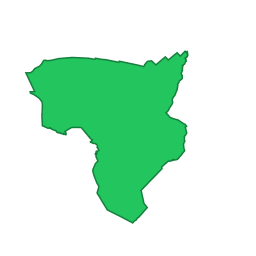 Varadia, Caras-Severin, Romania, rotated 161°
{"feature_id": "2599482B29899097126407", "entity_name": "Varadia", "entity_type": "district", "adm_level": 2, "iso_a3": "ROU", "parent_name": "Romania", "parent_adm1": "Caras-Severin", "projection": "natural_earth1", "projection_center": [21.546, 45.093], "detail": "fine", "context": "isolated", "style": "filled", "palette": "green", "viewbox_px": 256, "rotation_deg": 161, "n_neighbors": 0, "source": "geoboundaries", "source_scale": "gbopen_adm2", "svg_char_len": 5548}
<svg xmlns="http://www.w3.org/2000/svg" viewBox="0 0 256 256"><g transform="rotate(161 128 128)"><path d="M206.6,213.4L204.4,192.8L208.7,194.1L208.7,193.6L208.9,192.8L205.8,189.9L202.3,185.1L200.8,180.7L201.2,178.7L201.8,176.7L204.4,169.9L204.7,169.5L205.3,167.9L205.7,166.3L206.0,165.9L206.1,165.1L206.4,164.5L206.6,163.7L207.4,161.0L207.4,160.5L208.0,158.9L208.2,158.1L207.7,157.4L207.4,157.4L207.0,157.4L206.9,157.3L206.8,157.2L206.7,156.5L206.6,156.4L206.3,156.3L206.0,155.9L205.7,155.7L205.3,155.3L205.1,155.1L204.0,154.0L203.6,153.8L202.9,153.7L202.4,153.4L202.1,153.5L201.7,153.7L201.4,153.6L201.8,153.0L201.8,152.9L201.7,152.8L201.2,152.8L201.0,152.7L200.6,152.3L200.6,152.1L200.5,151.8L200.4,151.5L200.1,151.2L199.5,150.8L198.8,150.5L198.4,149.8L198.2,149.6L197.9,149.5L197.7,149.4L197.3,149.3L197.3,149.1L197.2,149.0L197.1,148.7L197.0,148.4L196.6,147.8L196.5,147.4L196.6,147.1L196.3,146.7L195.7,146.4L195.5,146.5L195.3,146.5L194.9,146.3L194.8,146.1L194.8,145.9L194.7,145.9L194.2,146.0L193.9,145.9L193.8,145.7L193.9,145.4L193.8,145.2L193.4,144.7L192.7,144.4L192.5,144.2L192.4,144.1L191.4,144.1L191.4,143.9L191.6,143.7L191.2,143.3L190.9,143.5L190.8,143.4L190.6,143.2L190.8,142.9L190.3,142.7L189.6,142.8L189.5,142.7L189.3,142.1L189.0,142.0L188.9,141.9L188.5,142.3L188.4,142.8L188.3,143.5L188.3,144.0L188.5,144.3L188.8,145.2L188.1,145.4L185.8,145.9L181.4,146.8L181.2,146.8L180.3,146.6L179.1,146.1L178.5,146.0L177.9,145.8L176.5,145.4L176.1,145.1L175.3,144.9L174.9,144.7L174.5,144.7L174.3,144.5L173.2,144.1L172.5,143.7L172.1,143.5L171.8,143.1L171.6,142.8L171.5,142.5L171.3,141.7L170.6,140.0L170.5,139.5L170.1,138.5L170.0,138.3L169.9,138.0L169.6,137.6L169.6,137.2L169.4,137.2L169.3,136.9L169.2,136.3L168.2,133.6L168.2,133.3L167.9,132.9L167.6,132.7L167.7,132.3L167.3,132.2L167.3,131.5L167.4,131.2L167.1,130.9L167.1,130.7L166.4,129.3L166.2,128.8L166.2,128.4L165.6,128.3L165.9,127.9L166.4,127.5L168.0,127.3L168.1,127.2L168.1,126.8L168.0,126.7L167.1,125.9L166.4,125.5L166.2,125.0L165.6,124.7L165.3,124.4L164.6,124.4L164.4,124.2L162.8,122.4L162.8,122.2L162.9,120.2L163.1,119.9L163.5,119.8L163.4,119.5L163.2,119.2L163.0,118.5L163.2,118.3L163.2,118.1L162.9,117.9L162.9,117.4L162.8,117.1L162.8,116.8L162.8,116.6L162.9,116.1L163.3,116.2L163.7,116.2L164.1,116.1L164.8,115.8L165.0,115.9L165.4,116.4L165.5,116.4L166.3,115.3L166.3,115.2L166.1,114.9L165.6,114.6L165.5,114.4L165.4,114.3L165.4,114.2L165.5,114.0L166.2,114.4L166.4,114.4L166.8,114.3L167.1,114.4L167.3,114.2L167.2,114.0L167.0,113.7L166.6,113.5L166.6,113.4L166.7,113.2L167.2,113.1L167.0,112.8L167.0,112.5L167.2,112.1L167.6,111.4L167.2,107.1L167.2,106.8L167.2,106.6L167.5,106.4L169.4,105.5L170.7,104.6L170.9,104.4L172.2,102.9L172.8,102.3L174.4,100.5L175.2,99.0L175.6,95.6L175.6,92.8L175.3,86.0L174.8,83.3L174.7,81.8L178.3,76.8L178.4,76.5L177.1,70.8L176.5,67.6L174.2,57.3L170.7,53.7L169.0,51.9L165.0,47.9L154.4,36.7L152.1,38.1L150.5,38.2L148.4,39.8L146.9,40.1L135.7,46.5L137.5,51.6L137.4,52.0L136.5,59.6L135.9,64.8L131.1,67.3L127.0,69.3L126.5,69.7L119.2,73.3L113.6,76.2L111.4,77.3L109.1,78.5L109.0,79.4L108.8,79.7L108.8,80.2L105.3,81.7L104.1,82.3L103.1,82.5L100.9,83.5L100.3,83.3L99.9,83.2L99.2,83.4L98.6,82.9L97.9,82.8L97.0,83.0L96.2,83.6L95.7,83.6L95.9,83.0L95.8,82.7L95.4,82.8L94.7,82.7L94.4,82.7L94.0,82.5L93.4,82.5L92.9,82.3L92.6,82.4L92.3,82.3L91.9,82.3L91.1,82.4L90.9,82.6L90.6,82.6L90.0,82.8L89.6,83.4L89.2,83.5L88.6,84.0L87.9,84.2L87.5,84.5L86.8,84.8L86.2,85.2L86.0,85.5L85.1,86.0L84.1,86.7L83.7,86.9L82.3,87.7L81.8,88.2L81.7,88.8L81.8,90.3L81.0,94.0L80.2,95.5L79.0,96.6L78.4,97.2L78.5,97.9L78.6,98.7L78.0,99.6L77.7,100.9L77.6,101.5L76.0,102.5L74.2,104.0L74.0,104.8L73.9,105.7L73.9,107.1L73.7,108.0L73.6,110.1L73.0,110.3L72.1,110.4L72.2,111.3L72.8,112.9L73.0,113.1L73.4,113.3L73.9,113.9L74.8,115.0L75.0,115.3L76.9,117.8L77.9,119.1L78.4,119.6L79.3,120.1L80.8,121.1L82.4,122.3L84.7,124.3L85.2,125.3L85.6,126.6L86.2,127.7L87.1,130.1L86.0,130.4L85.3,130.7L83.6,131.9L82.4,133.3L81.8,133.7L81.0,134.4L79.8,135.2L79.4,135.5L78.0,136.8L77.7,137.2L77.2,138.3L77.2,138.7L77.2,139.4L77.2,139.9L76.8,140.5L76.1,141.5L75.1,142.4L73.2,143.5L68.8,148.6L68.8,149.0L68.7,149.2L68.5,149.3L67.0,152.0L67.1,152.4L67.0,153.0L66.8,153.2L66.1,153.6L65.5,154.1L65.2,154.4L64.9,154.7L64.5,155.4L64.1,155.8L63.9,155.9L63.5,156.0L63.1,156.0L62.7,156.3L61.6,156.5L61.0,156.9L60.8,157.1L60.4,157.7L60.1,158.3L59.6,160.0L60.2,161.7L60.0,162.0L59.7,162.6L59.3,162.9L58.6,163.8L58.3,164.3L57.9,164.4L57.8,164.6L58.0,164.9L58.0,165.3L57.9,165.5L57.6,165.7L57.2,166.0L56.9,166.8L56.9,167.7L56.8,167.9L56.4,168.1L55.8,168.8L56.2,169.3L56.2,169.5L55.3,169.6L54.5,169.9L54.0,169.9L53.7,170.1L53.1,170.8L52.8,171.0L52.5,171.3L52.2,171.7L51.1,172.3L51.1,172.5L51.4,173.0L51.4,173.3L51.2,173.7L50.9,173.7L50.8,173.8L50.8,174.0L50.9,174.7L51.3,175.5L49.9,175.8L49.7,175.9L49.5,176.1L49.3,175.9L49.1,175.9L48.9,176.1L48.8,176.3L48.5,176.4L48.4,176.6L48.2,177.1L48.0,177.3L47.8,177.3L47.7,177.4L47.7,177.7L47.5,178.2L47.5,178.3L47.5,178.7L47.9,179.1L47.4,179.5L47.2,179.9L47.2,180.3L47.2,180.5L47.1,180.8L47.2,181.2L48.5,180.8L49.0,182.0L55.1,179.0L57.1,183.2L67.7,179.2L69.6,183.1L81.1,178.6L83.8,183.8L86.8,184.5L88.1,184.6L91.9,182.3L92.3,181.5L93.3,181.0L96.3,183.0L98.0,184.1L114.5,194.0L115.3,193.1L126.7,199.8L131.2,201.8L136.1,204.6L137.0,203.7L142.6,206.8L157.9,212.9L158.7,213.1L171.0,216.2L178.6,217.0L182.5,217.9L183.8,218.9L184.4,219.1L184.8,219.2L185.7,219.3L189.1,216.5L190.5,215.7L192.0,215.2L197.0,214.5L199.1,213.0L200.6,212.4L202.2,212.0L206.6,213.4Z" fill="#22c55e" stroke="#15803d" stroke-width="1.5"/></g></svg>